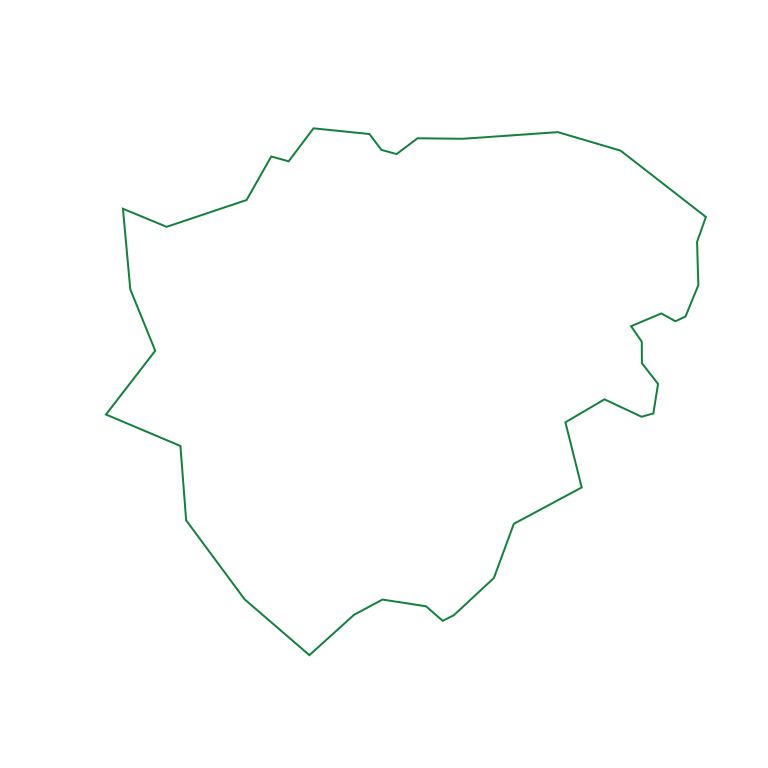 outline of Doncaster, rotated 11°
{"feature_id": "GBR-5689", "entity_name": "Doncaster", "entity_type": "Metropolitan Borough", "adm_level": 1, "iso_a3": "GBR", "parent_name": "United Kingdom", "parent_adm1": "", "projection": "mercator", "projection_center": [-1.051, 53.519], "detail": "fine", "context": "isolated", "style": "outline", "palette": "green", "viewbox_px": 768, "rotation_deg": 11, "n_neighbors": 0, "source": "natural_earth", "source_scale": "10m", "svg_char_len": 692}
<svg xmlns="http://www.w3.org/2000/svg" viewBox="0 0 768 768"><g transform="rotate(11 384 384)"><path d="M352.5,155.9L370.0,136.4L414.7,128.2L506.6,103.6L571.7,109.8L668.1,158.6L664.2,184.7L667.3,198.6L673.7,226.9L667.1,260.2L658.0,266.8L642.8,261.8L615.5,280.1L629.0,293.4L633.2,314.4L653.0,331.6L654.0,361.5L643.1,367.0L603.3,357.0L569.4,387.0L597.8,447.8L538.1,496.5L528.9,553.4L496.7,597.6L486.8,605.3L467.7,594.2L423.6,595.9L398.6,616.3L362.5,664.4L288.3,622.0L215.8,555.6L196.0,483.7L116.9,467.0L153.1,395.0L116.9,339.5L94.3,261.8L140.6,271.2L214.0,229.6L229.9,182.2L247.9,183.6L266.0,146.5L322.0,141.4L336.8,154.7L352.5,155.9Z" fill="none" stroke="#15803d" stroke-width="2"/></g></svg>